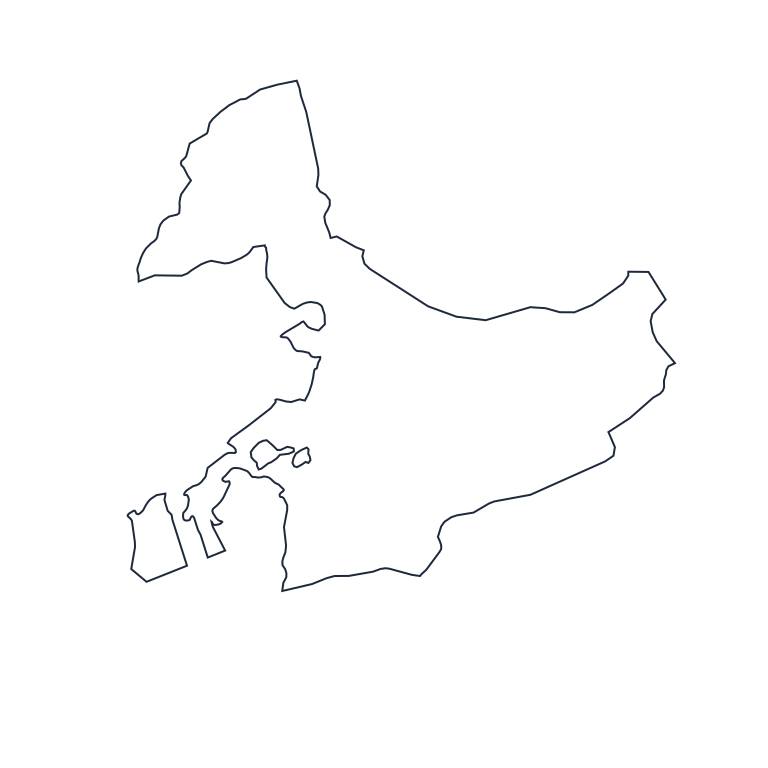 Vaud, orthographic projection, rotated 198°
{"feature_id": "CHE-3422", "entity_name": "Vaud", "entity_type": "Canton", "adm_level": 1, "iso_a3": "CHE", "parent_name": "Switzerland", "parent_adm1": "", "projection": "orthographic", "projection_center": [6.845, 46.59], "detail": "fine", "context": "isolated", "style": "outline", "palette": "slate", "viewbox_px": 768, "rotation_deg": 198, "n_neighbors": 0, "source": "natural_earth", "source_scale": "10m", "svg_char_len": 5173}
<svg xmlns="http://www.w3.org/2000/svg" viewBox="0 0 768 768"><g transform="rotate(198 384 384)"><path d="M142.2,551.3L150.4,533.4L149.8,526.1L144.4,516.2L137.8,508.9L115.8,495.1L113.7,493.7L118.9,488.8L119.8,484.5L118.9,480.1L118.9,475.1L118.6,473.1L117.6,470.4L116.6,467.3L116.7,463.9L118.5,460.0L123.6,454.5L139.6,427.6L155.7,407.6L152.2,403.7L144.9,395.3L143.6,386.7L149.7,378.8L210.5,323.9L242.8,306.4L247.3,302.7L259.1,289.4L274.1,281.6L278.8,278.1L283.9,271.7L285.6,266.3L285.5,255.3L282.2,251.6L279.8,248.4L278.6,244.7L279.3,241.5L286.4,220.3L289.6,214.7L290.4,212.5L298.7,211.1L321.7,210.0L325.6,209.3L330.2,207.0L336.3,202.2L358.2,190.6L371.7,186.1L378.6,181.6L390.5,171.6L416.8,155.7L418.3,163.8L417.2,170.0L418.4,174.0L420.8,177.4L424.5,180.3L425.8,183.7L426.1,187.4L425.8,193.6L426.7,197.8L427.4,200.5L434.9,217.0L437.1,234.1L438.6,238.8L443.6,244.0L444.8,244.7L445.8,244.9L447.7,244.6L448.4,245.1L449.1,246.4L448.9,247.7L448.1,249.2L446.9,250.7L446.5,252.2L447.1,252.9L452.7,255.6L454.1,256.0L455.8,256.1L457.7,256.5L462.5,258.8L464.5,259.4L465.9,259.5L469.6,259.0L472.2,257.2L475.2,256.0L477.3,255.8L480.4,254.9L482.3,255.9L484.6,257.6L486.7,258.7L488.6,259.0L494.9,259.2L497.2,258.8L500.7,257.8L501.7,257.0L503.1,255.6L506.4,247.9L508.2,244.8L508.3,243.3L507.5,242.4L504.7,241.9L501.4,243.6L500.5,242.8L499.8,241.1L501.5,227.6L501.9,225.4L502.5,223.3L503.3,221.1L505.3,216.9L508.0,212.5L508.1,210.3L506.8,208.4L502.1,204.6L499.5,203.3L497.4,203.0L495.8,203.2L495.2,202.8L496.1,200.9L497.4,199.8L498.9,198.7L501.8,197.5L502.7,197.6L503.7,198.2L504.8,199.4L505.5,199.7L504.1,197.3L502.6,195.2L483.6,176.5L498.0,164.5L511.9,184.0L513.3,185.3L516.0,187.9L523.2,198.0L524.5,199.0L525.5,199.1L526.0,198.6L526.5,197.4L526.6,196.3L526.7,194.9L527.5,194.1L528.7,193.4L530.3,192.9L531.6,192.9L532.5,193.3L533.6,194.6L534.5,196.8L535.0,199.5L533.7,202.3L532.9,205.2L532.9,208.2L534.0,214.1L535.7,216.5L537.0,217.5L539.1,216.8L539.7,216.8L540.1,217.5L539.8,219.6L538.4,222.4L533.9,227.9L531.2,229.7L529.2,231.5L527.6,234.0L525.0,240.7L525.8,249.7L513.8,267.3L512.0,269.3L510.2,270.6L504.4,272.4L503.8,273.5L505.0,275.9L506.7,277.1L508.2,277.8L513.9,279.3L514.4,279.7L512.7,285.2L499.7,303.1L484.2,326.0L481.7,332.6L481.5,333.5L482.1,334.6L482.4,335.3L481.3,336.3L478.8,336.8L471.8,337.1L466.7,338.2L459.5,343.3L454.1,343.8L453.0,350.6L452.7,353.6L452.7,361.3L453.4,368.5L454.1,372.2L454.5,375.6L454.2,377.0L453.1,377.7L452.7,378.3L452.8,379.8L453.0,381.6L453.1,384.1L452.6,386.9L452.6,389.2L453.1,390.0L456.9,388.4L459.0,387.8L461.7,387.9L465.2,390.4L471.8,389.8L476.9,388.5L478.6,389.0L481.0,390.3L486.1,395.5L489.2,397.6L491.1,398.2L494.6,397.2L496.3,397.0L497.0,397.5L496.2,399.3L493.8,402.7L482.6,415.5L481.4,417.5L479.9,418.6L474.4,415.0L473.3,414.6L469.6,414.2L463.7,414.5L462.6,414.8L458.7,422.6L461.9,431.5L467.0,438.6L468.9,439.6L472.3,440.4L478.9,439.4L482.8,437.5L486.0,435.1L492.6,427.9L497.4,428.1L503.6,430.4L528.6,449.0L531.6,456.7L533.2,463.4L533.5,466.0L534.4,469.4L535.8,472.4L537.3,474.8L538.3,477.2L539.8,478.0L540.2,479.0L550.6,473.9L552.5,468.1L553.3,466.4L554.7,464.3L559.1,459.3L566.9,452.5L569.8,450.7L573.1,449.4L586.4,447.8L590.2,445.3L594.9,441.3L602.0,432.9L605.2,428.3L609.8,424.5L635.6,416.5L649.0,405.7L650.9,411.3L652.0,413.1L653.3,415.1L654.1,417.1L654.3,419.9L654.1,424.5L654.2,428.7L653.6,434.1L652.3,439.3L649.0,445.8L646.6,449.0L645.4,451.5L645.1,453.9L646.2,462.8L645.9,466.8L644.3,471.3L640.2,476.8L632.9,481.3L631.6,483.5L633.0,489.2L634.5,493.1L635.4,498.4L635.5,501.8L630.5,517.9L634.9,521.4L641.5,528.0L644.2,529.4L645.4,531.2L645.5,533.5L643.4,537.1L642.5,539.4L643.1,552.6L637.6,558.9L629.9,567.5L629.7,569.5L630.5,578.2L628.8,583.1L623.5,592.5L617.3,601.4L608.7,610.2L603.5,612.5L592.8,625.8L578.0,635.7L560.7,645.5L555.5,638.8L552.1,632.4L542.0,618.7L513.2,568.6L511.0,562.7L509.0,551.1L504.2,547.3L498.1,546.0L492.5,542.2L490.8,537.3L491.3,532.4L492.4,528.1L492.5,524.7L489.6,519.1L482.9,511.2L479.9,506.4L474.5,509.7L453.0,505.4L444.5,504.9L444.1,498.9L439.8,492.4L433.1,489.1L366.0,471.5L335.9,470.4L307.0,476.1L268.5,502.3L253.8,506.0L239.0,506.6L225.1,511.0L210.3,523.6L197.3,540.5L187.7,553.5L185.2,562.4L186.3,566.3L167.1,572.3L146.5,555.0L142.2,551.3ZM478.2,294.3L481.5,292.6L484.9,289.4L488.2,282.9L489.7,278.0L487.4,273.2L483.7,271.0L480.8,269.9L479.3,266.7L476.7,264.0L474.5,265.6L472.6,268.3L469.7,272.6L467.1,274.8L463.0,280.2L461.1,284.5L456.3,286.7L453.0,288.3L450.4,290.5L448.9,292.1L450.0,294.8L453.0,294.8L456.7,294.3L461.9,289.4L465.2,288.3L470.4,291.0L474.1,292.6L478.2,294.3ZM437.8,299.7L440.8,297.0L443.0,294.8L446.3,290.5L447.1,285.6L446.7,280.7L444.1,278.0L441.1,278.0L437.4,281.8L434.5,285.6L431.5,285.6L430.4,288.8L432.2,292.1L434.5,294.2L435.6,298.6L437.8,299.7ZM548.7,122.5L567.2,129.9L570.4,151.9L572.1,156.7L581.5,176.0L582.6,177.0L584.2,177.9L586.9,179.1L587.2,180.4L586.3,182.2L583.0,186.0L582.0,186.5L581.1,186.0L579.8,184.5L578.7,184.0L577.2,184.3L575.5,186.5L574.1,189.4L573.0,195.4L572.1,198.7L570.9,201.5L569.7,203.4L565.9,208.1L558.1,212.2L557.6,210.7L557.0,205.9L550.6,196.6L545.5,193.9L543.3,189.5L515.2,150.3L548.7,122.5Z" fill="none" stroke="#1e293b" stroke-width="2"/></g></svg>